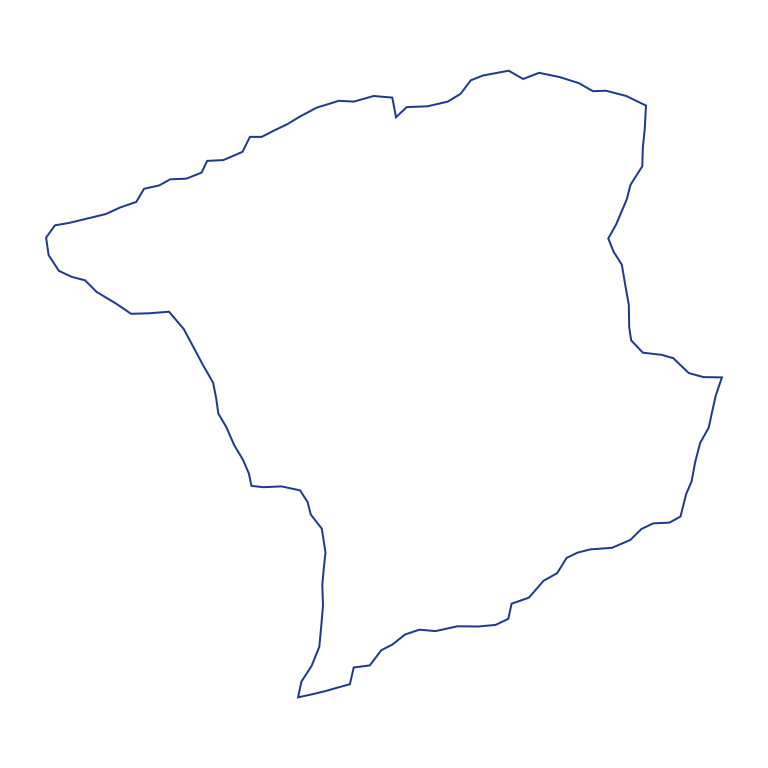 outline of Ribeirão Corrente, São Paulo, Brazil
{"feature_id": "56859067B56009321964576", "entity_name": "Ribeirão Corrente", "entity_type": "district", "adm_level": 2, "iso_a3": "BRA", "parent_name": "Brazil", "parent_adm1": "São Paulo", "projection": "albers", "projection_center": [-47.577, -20.458], "detail": "fine", "context": "isolated", "style": "outline", "palette": "blue", "viewbox_px": 768, "rotation_deg": 0, "n_neighbors": 0, "source": "geoboundaries", "source_scale": "gbopen_adm2", "svg_char_len": 1676}
<svg xmlns="http://www.w3.org/2000/svg" viewBox="0 0 768 768"><path d="M605.9,90.7L592.9,91.2L579.0,83.2L559.8,77.1L539.1,72.8L523.1,79.0L508.7,70.7L483.0,75.5L470.8,80.3L460.6,93.8L447.8,101.6L427.4,106.3L406.7,107.1L396.0,117.2L392.3,97.6L373.6,96.0L353.9,101.6L338.9,100.8L316.5,107.7L300.0,116.5L287.3,124.2L275.1,130.0L261.6,136.9L249.9,136.9L242.5,151.8L223.3,160.1L207.1,160.9L201.6,172.6L186.1,178.7L170.2,179.3L159.2,185.4L144.0,188.8L136.3,201.9L120.1,207.5L105.6,214.1L85.7,218.9L69.3,222.9L55.0,225.3L46.1,237.6L48.6,255.1L58.8,270.8L71.8,276.9L85.0,280.3L96.7,292.0L115.9,303.5L131.1,313.8L149.0,313.3L169.0,311.7L183.7,329.0L192.4,345.2L202.9,364.9L213.1,382.7L216.1,397.8L218.3,413.5L226.3,427.1L234.3,445.4L243.0,459.8L248.8,473.4L251.5,485.9L263.5,487.2L281.6,486.4L300.1,490.4L307.6,502.1L310.8,514.6L321.8,528.7L325.5,552.6L323.8,568.3L322.3,584.8L323.0,605.8L321.3,625.7L319.3,646.8L311.6,665.9L301.4,681.6L298.1,697.3L310.8,694.6L325.0,691.2L337.2,687.7L349.9,684.2L353.7,667.5L369.8,665.4L381.3,650.2L392.3,644.6L405.0,634.5L419.4,629.7L435.6,631.1L457.3,626.3L478.4,626.5L495.6,624.9L508.3,618.8L511.6,603.7L529.0,597.6L543.5,580.8L557.2,573.1L566.6,557.9L577.6,552.6L590.3,549.4L612.0,547.8L630.4,539.9L641.4,529.0L653.1,523.4L669.5,522.6L680.5,516.5L686.2,493.9L691.5,481.7L695.2,462.0L700.2,442.8L708.7,427.7L711.9,412.8L715.7,395.8L721.9,377.4L703.5,377.1L688.8,373.1L673.3,358.2L661.4,354.8L642.9,352.7L631.2,340.4L629.2,327.4L628.8,304.8L625.5,286.4L621.8,264.6L613.6,251.8L608.3,238.5L616.1,224.5L626.8,199.2L630.5,184.8L642.3,166.2L642.8,148.1L644.8,128.2L646.0,105.6L626.3,96.0L605.9,90.7Z" fill="none" stroke="#1e3a8a" stroke-width="2"/></svg>